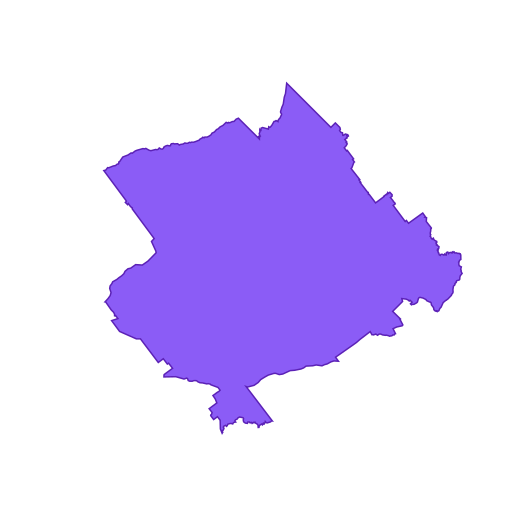 the district of Ararat, Victoria, Australia, rotated 45°
{"feature_id": "25037944B36221284354416", "entity_name": "Ararat", "entity_type": "district", "adm_level": 2, "iso_a3": "AUS", "parent_name": "Australia", "parent_adm1": "Victoria", "projection": "robinson", "projection_center": [143.025, -37.489], "detail": "fine", "context": "isolated", "style": "filled", "palette": "violet", "viewbox_px": 512, "rotation_deg": 45, "n_neighbors": 0, "source": "geoboundaries", "source_scale": "gbopen_adm2", "svg_char_len": 6153}
<svg xmlns="http://www.w3.org/2000/svg" viewBox="0 0 512 512"><g transform="rotate(45 256 256)"><path d="M360.2,112.2L352.0,111.2L349.5,108.3L348.1,109.1L348.2,108.5L343.5,107.7L340.7,125.0L337.2,124.5L337.1,126.1L317.2,123.2L317.6,120.7L316.2,120.2L314.8,120.4L313.8,120.0L309.7,119.6L310.0,117.6L308.9,116.4L305.6,116.3L305.3,118.2L304.3,118.0L304.9,119.7L304.6,119.6L304.1,123.3L304.5,123.4L303.0,133.9L292.5,132.4L292.0,132.9L290.6,131.8L290.5,132.1L277.7,130.4L277.9,129.8L275.1,129.4L275.3,128.6L261.4,126.9L261.3,125.6L259.0,120.6L259.1,119.9L256.1,119.5L256.3,118.3L245.9,116.8L245.8,117.6L241.9,117.1L241.8,114.4L241.2,112.2L239.5,112.0L239.6,111.2L236.4,110.8L236.9,108.2L236.2,108.1L236.5,105.8L235.7,105.5L235.1,105.4L234.7,106.5L234.1,105.9L232.9,106.6L232.5,108.9L232.1,109.3L230.0,107.7L228.6,108.5L226.4,108.2L226.1,106.8L224.4,105.8L218.0,105.8L218.0,112.1L155.5,112.1L162.0,120.3L163.7,123.7L167.9,129.4L169.1,132.5L171.3,136.6L172.1,137.2L173.5,137.4L174.3,138.2L174.6,139.5L175.4,141.2L175.3,142.2L175.7,144.5L176.5,145.4L174.4,146.1L174.3,147.0L173.6,148.2L174.7,152.1L175.0,154.6L174.7,155.3L173.6,155.6L175.0,157.5L169.8,160.5L169.2,162.1L170.8,163.9L170.6,164.4L169.6,164.2L171.0,165.5L171.8,167.3L174.0,168.2L173.4,168.9L173.3,169.9L173.7,170.0L174.4,169.1L174.5,169.7L175.7,170.9L146.1,171.0L145.2,173.3L145.3,176.4L144.2,177.7L143.2,180.4L142.1,181.0L142.1,181.9L140.4,182.6L140.3,187.0L139.3,190.2L139.3,192.9L138.7,194.5L138.9,197.7L138.0,200.3L138.5,202.1L138.1,204.2L137.4,206.4L135.7,208.1L135.7,209.1L134.4,209.6L134.5,210.2L133.7,213.3L133.9,214.2L132.4,217.7L131.4,219.7L129.9,221.1L129.5,222.1L128.5,222.7L128.1,224.4L126.8,225.8L125.8,226.3L125.3,228.3L123.6,230.7L123.3,231.8L121.2,232.0L119.0,234.5L118.1,234.8L116.8,236.5L116.9,237.5L117.5,238.5L116.9,239.3L115.1,240.5L114.1,242.6L114.1,243.9L113.8,244.3L114.4,245.3L114.2,246.7L113.2,247.5L111.2,248.0L111.4,249.4L111.2,250.2L110.6,251.1L109.8,251.5L107.2,255.9L105.6,256.8L102.0,257.8L101.5,259.0L100.1,260.0L97.1,265.3L96.3,267.2L95.8,270.9L94.8,271.4L94.1,275.0L91.8,280.2L92.8,285.6L92.5,286.5L93.5,287.6L93.6,288.3L92.9,289.1L92.7,291.4L91.4,293.3L89.5,297.7L88.6,298.4L89.0,301.5L88.0,303.2L125.6,308.8L125.7,310.5L128.9,310.5L128.6,309.2L132.4,309.8L134.6,309.5L135.1,310.2L171.7,315.7L171.8,319.6L181.6,323.3L183.1,324.3L183.2,336.1L182.0,342.8L177.0,347.2L176.0,353.2L174.5,355.5L174.2,359.4L175.1,362.0L175.0,365.1L174.4,368.3L174.2,370.8L172.9,375.6L173.6,377.4L174.0,380.3L175.5,382.4L179.4,384.4L180.9,387.1L181.5,390.8L181.7,395.2L182.3,394.8L191.8,396.5L195.1,396.5L197.0,397.1L198.3,398.3L198.8,398.0L198.9,397.4L202.6,397.9L199.6,403.8L212.9,405.8L230.0,399.2L232.9,396.3L262.2,400.4L263.1,394.2L269.7,395.1L270.0,393.6L276.4,394.4L274.9,404.5L275.0,405.1L276.4,406.6L284.7,398.0L292.1,393.9L293.4,391.3L294.4,391.1L296.1,392.0L297.5,391.5L299.4,389.7L300.2,388.0L302.1,386.2L303.7,386.1L306.1,385.2L307.7,383.7L311.7,381.2L312.4,380.1L314.1,379.0L315.1,379.0L322.1,375.8L325.5,376.3L325.5,378.2L325.1,379.4L324.2,385.1L328.3,385.9L332.2,387.6L330.8,397.1L335.6,397.7L336.6,399.5L336.4,400.3L336.8,400.9L341.7,401.6L342.4,396.9L346.8,397.5L353.1,403.5L357.4,405.3L357.1,404.1L356.3,404.2L355.6,403.4L356.0,402.6L355.6,401.3L355.2,400.5L353.9,400.1L353.6,398.8L354.3,397.2L355.6,397.3L355.6,396.2L355.0,394.8L356.0,393.0L356.7,392.1L358.3,391.2L358.0,390.5L358.0,389.4L359.0,387.8L358.2,387.8L357.5,387.3L357.4,386.1L358.0,384.6L357.7,383.1L358.3,381.4L361.2,379.5L362.4,379.9L362.8,380.9L364.5,382.0L366.6,381.7L368.3,380.4L367.6,379.3L368.6,378.1L369.5,378.2L369.6,377.8L370.3,377.7L370.6,376.8L371.6,377.1L371.8,375.5L372.4,375.4L372.4,374.8L372.9,374.2L373.4,374.6L375.9,374.0L377.0,374.2L378.8,375.7L379.3,375.1L378.6,374.2L378.3,372.6L378.7,371.8L378.6,371.2L378.7,370.9L379.9,370.8L379.5,370.2L379.4,368.9L379.7,368.8L380.3,369.5L380.6,369.3L380.2,367.4L379.6,366.5L381.0,366.6L381.9,366.2L383.6,363.0L383.6,361.6L384.2,361.1L341.3,355.3L342.7,354.6L346.1,348.8L347.0,343.9L346.7,340.1L347.8,335.4L348.9,331.5L351.7,326.3L353.0,325.0L356.3,323.4L358.4,320.5L361.2,312.9L364.1,309.5L367.7,304.1L368.8,301.5L369.3,298.4L373.8,293.4L375.6,290.5L380.3,287.0L381.3,284.3L382.7,281.9L383.8,278.0L385.3,275.1L388.7,272.1L383.8,271.3L388.2,246.1L388.5,241.4L390.2,228.7L393.7,229.7L394.5,228.8L394.9,228.7L395.9,226.5L398.0,226.1L398.3,224.1L399.4,223.0L401.3,222.3L403.7,220.5L403.9,220.0L406.1,218.6L407.0,218.4L408.5,216.3L408.6,215.0L409.5,214.2L409.2,213.2L409.6,212.3L404.3,210.5L405.7,206.7L408.7,202.0L408.6,200.9L402.3,198.9L402.5,198.4L391.8,198.5L391.8,184.5L389.2,183.0L392.7,180.3L394.4,179.6L396.2,179.5L396.2,178.4L399.0,178.3L399.0,180.6L400.4,180.6L400.4,180.2L401.9,178.4L402.7,175.6L402.7,174.4L400.9,171.2L400.8,170.1L401.2,169.3L403.7,167.7L407.0,166.6L408.2,166.9L411.3,165.8L412.1,165.2L413.1,165.4L414.6,166.5L418.1,167.0L419.8,168.2L421.5,168.2L423.1,167.3L422.5,167.0L423.8,166.2L424.0,165.3L423.1,163.2L423.1,161.4L421.3,156.6L421.6,153.0L421.9,152.6L421.8,151.9L422.1,151.2L422.0,145.6L421.6,145.2L421.3,143.0L420.8,142.1L419.0,140.5L417.0,137.8L416.9,136.8L417.1,136.3L416.8,135.4L416.1,134.8L416.3,133.2L415.9,133.1L415.4,131.6L416.7,129.1L416.4,128.2L415.4,127.2L414.4,125.5L414.1,122.6L412.0,121.9L411.0,120.9L410.2,120.7L408.9,118.5L406.6,119.2L405.1,118.3L404.0,117.0L403.6,117.0L403.5,116.2L403.0,115.1L403.3,113.6L400.1,110.5L398.9,110.0L398.6,110.4L397.6,110.5L397.1,111.4L395.6,112.0L394.4,113.3L393.3,113.0L393.0,113.9L392.2,113.7L391.9,114.7L392.4,115.3L390.8,116.1L390.3,117.4L390.4,118.1L388.8,117.6L388.3,118.6L388.4,119.5L389.2,119.9L389.8,120.9L389.0,121.3L388.0,121.2L388.2,122.5L386.3,123.2L385.6,124.2L385.9,125.3L384.7,125.6L383.1,124.6L382.5,124.8L382.1,124.3L381.0,124.0L380.9,123.6L380.1,123.6L380.4,122.7L379.6,122.5L379.8,121.3L378.8,120.0L376.9,120.3L376.4,120.0L375.8,120.6L374.9,119.7L374.1,119.6L374.1,118.4L373.6,118.4L373.4,117.9L371.2,118.6L370.0,118.6L369.1,118.1L369.1,118.5L368.7,118.4L368.7,119.5L367.2,119.5L365.8,118.8L365.3,119.0L364.4,117.3L364.0,117.4L363.0,116.6L361.8,114.7L360.4,113.4L360.6,112.8L360.2,112.2Z" fill="#8b5cf6" stroke="#5b21b6" stroke-width="1.5"/></g></svg>